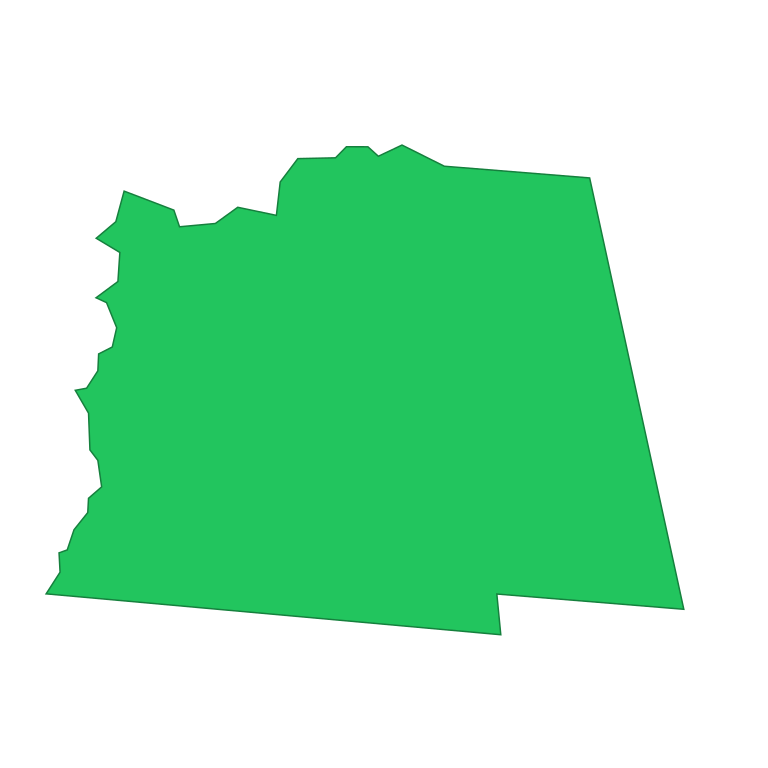 outline of Hardin, Texas, United States of America, rotated 185°
{"feature_id": "52423323B96895412793722", "entity_name": "Hardin", "entity_type": "district", "adm_level": 2, "iso_a3": "USA", "parent_name": "United States of America", "parent_adm1": "Texas", "projection": "mercator", "projection_center": [-94.219, 30.312], "detail": "fine", "context": "isolated", "style": "filled", "palette": "green", "viewbox_px": 768, "rotation_deg": 185, "n_neighbors": 0, "source": "geoboundaries", "source_scale": "gbopen_adm2", "svg_char_len": 674}
<svg xmlns="http://www.w3.org/2000/svg" viewBox="0 0 768 768"><g transform="rotate(185 384 384)"><path d="M342.9,606.2L386.9,623.6L409.5,610.4L420.7,618.9L442.1,617.1L452.0,605.1L489.5,601.0L505.0,576.2L505.9,542.6L545.1,547.3L566.0,529.2L601.4,522.8L608.5,538.9L659.7,553.5L665.3,522.3L683.4,504.1L658.6,492.0L658.0,462.9L678.4,444.8L667.5,440.9L655.2,416.8L657.9,397.2L670.9,389.1L670.2,372.2L679.9,353.9L691.0,350.8L675.8,329.2L671.2,292.7L662.4,283.0L656.3,256.9L668.4,244.4L667.9,230.1L680.1,211.8L685.1,191.1L693.0,187.5L690.3,168.3L702.3,145.5L245.8,144.4L253.3,184.6L65.7,185.7L197.1,607.2L342.9,606.2Z" fill="#22c55e" stroke="#15803d" stroke-width="1.5"/></g></svg>